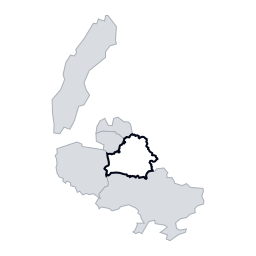 Belarus shown with its bordering countries
{"feature_id": "BLR", "entity_name": "Belarus", "entity_type": "country or territory", "adm_level": 0, "iso_a3": "BLR", "parent_name": "Europe", "parent_adm1": "", "projection": "orthographic", "projection_center": [28.129, 53.705], "detail": "fine", "context": "with_neighbors", "style": "outline", "palette": "ink", "viewbox_px": 256, "rotation_deg": 0, "n_neighbors": 5, "source": "natural_earth", "source_scale": "50m", "svg_char_len": 6276}
<svg xmlns="http://www.w3.org/2000/svg" viewBox="0 0 256 256"><path d="M52.1,99.6L60.7,89.7L64.6,79.6L63.1,74.5L65.8,62.7L70.5,55.0L74.3,56.0L76.5,52.8L75.8,49.5L84.4,38.2L93.4,23.2L96.7,23.8L98.4,19.0L104.5,21.2L105.7,15.5L107.8,15.4L116.4,26.5L115.5,40.3L116.5,43.9L109.8,45.9L105.5,51.9L105.5,57.4L89.2,70.6L84.0,82.8L86.1,89.7L89.6,95.3L83.9,104.9L78.7,106.3L74.2,121.2L69.9,129.2L64.0,127.2L59.8,133.8L53.8,132.9L54.1,124.1L52.5,113.0L52.1,99.6Z" fill="#d9dde1" stroke="#a8b0b8" stroke-width="1"/><path d="M176.5,228.3L179.8,230.2L186.3,228.9L185.4,232.3L178.5,234.6L170.1,240.6L166.3,239.1L167.4,234.7L160.2,232.5L167.2,227.3L165.2,225.3L155.2,223.6L154.6,220.3L148.8,221.6L141.8,233.6L138.9,232.1L135.8,233.6L133.0,231.9L134.6,230.9L137.4,224.9L136.9,223.2L144.3,223.2L141.3,218.7L140.3,214.9L138.0,213.4L138.4,210.3L135.6,207.9L128.6,204.7L120.4,206.8L118.8,208.9L112.1,210.9L109.4,208.6L101.7,207.0L98.9,208.8L98.7,206.3L95.5,203.6L98.8,197.7L100.0,198.4L98.8,194.1L104.7,186.9L107.7,186.0L108.4,183.5L106.0,175.3L108.8,175.1L112.0,172.8L122.1,173.7L135.1,177.5L137.2,175.9L138.7,178.0L146.2,178.3L146.4,173.7L148.1,171.6L155.1,171.1L156.4,168.9L163.8,168.0L167.9,172.8L166.6,174.8L167.3,177.6L171.9,177.6L174.3,181.4L174.4,183.2L182.1,185.6L186.4,183.6L190.5,187.4L202.9,188.4L203.4,191.0L201.8,196.2L203.9,200.9L203.4,204.1L197.6,205.7L194.8,208.7L195.2,212.7L190.3,214.1L186.5,217.6L180.7,218.7L175.6,222.7L176.5,228.3Z" fill="#d9dde1" stroke="#a8b0b8" stroke-width="1"/><path d="M107.1,153.9L107.1,158.0L108.4,161.5L108.2,165.2L104.7,166.9L108.4,183.5L107.7,186.0L104.7,186.9L98.8,194.1L100.0,198.4L93.4,193.7L89.0,194.6L86.3,193.4L82.6,194.9L79.9,191.3L77.4,192.3L75.0,186.8L70.7,185.7L70.6,182.7L66.8,181.1L65.6,183.3L62.7,180.9L63.5,178.5L59.4,177.0L57.2,173.5L56.0,167.3L57.0,164.3L56.6,159.2L55.2,155.6L57.2,153.5L56.9,148.7L77.0,142.0L82.0,144.2L82.1,146.5L103.4,149.8L106.0,151.0L107.1,153.9Z" fill="#d9dde1" stroke="#a8b0b8" stroke-width="1"/><path d="M123.8,138.9L124.2,143.1L119.8,145.9L118.4,151.0L112.4,154.2L107.1,153.9L106.0,151.0L103.4,149.8L103.9,144.9L96.3,141.2L96.0,133.4L102.1,131.1L115.6,131.7L116.3,133.6L119.0,134.3L123.8,138.9Z" fill="#d9dde1" stroke="#a8b0b8" stroke-width="1"/><path d="M128.1,121.9L130.5,124.1L132.5,134.0L123.8,138.9L119.0,134.3L116.3,133.6L115.6,131.7L102.1,131.1L96.0,133.4L96.9,126.6L99.9,121.0L104.8,118.3L108.2,125.4L112.2,125.5L113.6,118.5L117.8,117.1L124.0,121.8L128.1,121.9Z" fill="#d9dde1" stroke="#a8b0b8" stroke-width="1"/><path d="M152.8,170.8L151.7,170.8L150.4,170.9L149.7,171.4L149.0,171.2L148.4,171.5L147.7,172.4L147.2,173.0L146.7,173.7L146.6,174.2L146.3,174.9L146.0,175.8L146.2,176.4L146.4,176.9L146.5,177.5L146.7,178.0L146.4,178.3L146.2,178.8L145.6,178.7L144.9,178.3L144.8,177.6L144.3,177.2L143.9,176.9L143.4,176.9L142.5,177.1L141.3,177.3L140.4,177.4L140.0,177.7L139.3,177.9L139.0,177.6L138.6,176.9L138.3,176.1L138.0,175.8L137.8,175.7L137.6,175.7L137.3,175.9L137.1,176.2L136.8,176.3L136.4,176.5L136.1,176.8L135.7,177.5L135.5,177.4L135.3,177.3L135.0,176.5L134.6,176.3L134.0,176.3L133.2,176.1L132.6,175.9L132.4,176.0L132.0,176.3L131.6,176.3L130.7,176.0L130.3,176.6L130.1,177.0L129.8,177.1L129.7,177.0L129.8,176.2L129.3,175.9L128.4,175.9L127.8,176.0L127.5,176.0L127.4,175.8L126.7,174.5L126.3,174.4L125.6,174.5L124.6,174.3L123.4,174.0L122.8,173.9L122.4,173.6L121.7,173.5L119.8,172.9L119.0,172.8L117.8,172.7L116.1,172.5L114.9,172.6L114.4,172.7L113.8,172.8L112.7,172.8L112.3,172.8L111.7,172.8L110.9,172.9L110.7,173.2L110.4,173.8L109.5,174.7L108.6,175.4L108.4,175.4L108.0,175.0L107.5,174.9L107.1,174.8L106.7,174.9L106.5,175.0L106.5,175.8L106.4,175.9L106.1,174.9L106.2,174.1L106.4,173.6L106.7,173.2L106.6,172.6L106.9,171.7L107.0,171.1L106.9,170.8L106.7,170.5L106.2,170.1L106.0,169.9L105.2,169.5L104.5,169.0L104.4,168.7L104.5,168.5L104.6,168.2L105.2,167.4L105.9,166.7L106.3,166.4L108.4,165.5L108.7,165.1L108.9,164.5L108.9,164.1L108.9,163.3L108.8,162.1L108.7,161.4L108.4,159.9L107.6,156.8L107.2,153.6L107.6,153.8L108.5,154.0L109.3,153.8L109.6,153.8L110.0,153.9L110.5,153.8L111.0,153.8L111.2,154.1L111.6,154.3L112.5,154.0L113.3,153.6L114.1,153.7L114.5,152.4L114.7,152.2L115.7,152.3L116.0,152.1L116.4,151.6L117.0,151.3L117.5,151.3L118.0,150.9L118.2,151.2L118.3,151.7L118.1,152.0L118.5,152.4L119.1,152.4L119.5,152.2L119.6,151.7L119.5,151.3L119.3,151.0L118.8,150.8L118.5,150.8L118.4,150.6L118.6,150.2L118.9,149.4L119.2,148.7L119.5,148.5L119.5,148.3L119.5,147.8L119.5,147.1L119.8,146.0L120.3,145.2L120.9,145.0L121.5,144.9L122.0,144.5L122.2,144.1L122.3,143.7L122.4,143.4L122.6,143.3L124.2,143.4L124.5,142.7L125.0,142.4L125.2,142.1L125.1,141.9L124.7,141.8L123.7,141.7L123.5,141.4L123.6,141.2L123.9,140.5L124.2,139.6L124.3,138.9L124.3,138.5L124.5,138.4L125.2,138.3L125.5,138.1L126.2,137.2L126.7,137.0L128.0,137.3L128.7,137.3L128.8,137.3L129.4,137.3L129.5,137.2L129.8,136.3L130.0,136.0L131.1,134.8L131.8,134.3L132.2,134.2L132.4,134.2L133.1,135.0L133.6,134.7L134.5,134.7L134.9,134.9L135.2,135.5L135.4,135.9L135.7,136.0L136.5,135.5L136.9,135.3L137.2,135.3L138.2,135.8L138.7,136.0L138.8,136.3L138.8,136.5L138.7,137.0L138.6,137.4L138.9,138.0L139.3,138.3L140.1,137.7L140.3,137.5L140.6,137.5L141.0,137.3L141.3,136.9L141.6,136.8L142.2,136.9L143.1,136.8L144.3,137.3L145.0,138.0L145.2,138.3L145.4,138.4L145.7,138.7L146.2,138.9L146.4,138.8L146.6,138.9L146.7,139.2L146.7,139.6L146.8,140.8L146.6,141.1L146.4,141.4L146.3,141.6L146.3,141.9L146.7,142.4L147.2,143.1L147.3,143.6L147.3,143.9L146.7,145.0L146.4,145.7L146.4,146.2L146.4,146.4L147.5,147.2L148.2,147.6L148.4,147.8L148.0,148.8L148.0,149.0L148.6,149.4L149.0,149.9L149.3,150.8L149.9,151.7L151.1,152.4L152.0,152.9L152.2,153.1L152.3,153.4L152.3,154.0L152.1,154.7L152.0,155.1L152.3,155.3L153.3,155.2L154.4,155.3L155.8,156.0L155.8,156.4L155.7,156.7L155.8,157.1L156.0,157.3L157.2,158.2L157.3,158.4L157.4,158.9L157.4,159.2L157.1,159.3L156.7,159.5L156.1,159.9L155.9,160.4L155.0,161.3L154.4,161.6L154.0,161.7L152.8,161.6L152.4,161.2L152.2,160.9L151.8,160.8L151.2,160.8L150.4,160.9L150.2,161.0L150.1,161.4L149.8,162.1L149.6,162.6L149.8,162.8L150.1,163.3L150.7,163.9L151.2,164.5L151.4,164.8L151.4,165.1L151.2,165.4L151.2,166.0L151.8,166.8L151.6,166.9L151.6,167.9L151.7,168.9L151.8,169.2L152.1,169.4L152.3,169.8L152.8,170.6L152.8,170.8Z" fill="none" stroke="#020617" stroke-width="2"/></svg>